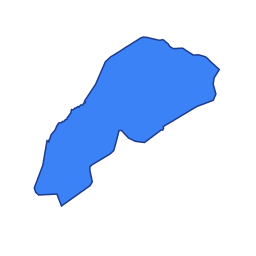 the district of Ansongo, Gao, Mali, rotated 198°
{"feature_id": "8926073B56917716124995", "entity_name": "Ansongo", "entity_type": "district", "adm_level": 2, "iso_a3": "MLI", "parent_name": "Mali", "parent_adm1": "Gao", "projection": "equal_earth", "projection_center": [1.009, 15.923], "detail": "fine", "context": "isolated", "style": "filled", "palette": "blue", "viewbox_px": 256, "rotation_deg": 198, "n_neighbors": 0, "source": "geoboundaries", "source_scale": "gbopen_adm2", "svg_char_len": 2758}
<svg xmlns="http://www.w3.org/2000/svg" viewBox="0 0 256 256"><g transform="rotate(198 128 128)"><path d="M167.2,33.3L146.3,61.4L145.3,65.7L151.2,76.0L152.2,79.4L150.7,82.1L137.0,97.8L134.6,102.0L134.8,107.7L135.7,122.8L133.5,123.7L124.4,118.6L116.8,117.6L107.8,119.3L95.9,136.3L94.4,136.7L94.0,138.3L94.8,140.0L93.8,141.7L92.1,143.5L90.9,144.8L69.4,169.5L55.5,180.7L54.9,187.5L60.5,195.9L61.6,202.3L59.3,211.6L59.3,211.8L60.3,212.4L61.1,212.6L62.2,213.1L63.0,213.5L64.1,214.0L64.9,214.4L66.0,214.9L66.8,215.2L68.7,216.1L69.8,216.5L70.7,217.1L71.0,217.2L71.7,217.5L72.2,217.9L73.9,218.7L74.4,218.9L75.5,219.4L75.8,219.6L76.9,219.5L77.4,219.6L79.0,219.6L81.1,219.5L82.7,219.5L83.4,219.4L84.7,218.9L85.0,218.8L86.7,218.2L88.4,217.6L88.6,217.5L89.5,217.8L90.1,218.1L91.9,218.4L94.7,219.2L95.9,219.5L97.3,219.8L98.4,220.2L99.8,220.6L100.7,220.8L101.6,220.5L102.3,220.2L102.9,220.0L103.0,220.0L107.3,218.3L107.8,218.1L109.5,217.5L110.3,217.6L111.2,217.9L111.7,218.0L113.2,218.4L113.6,218.5L114.1,218.9L115.2,219.9L115.7,220.3L116.1,220.5L117.7,221.1L119.8,221.9L120.2,222.2L121.2,222.6L121.6,222.7L122.2,222.7L122.6,222.6L123.1,222.3L124.0,221.7L124.3,221.5L125.6,221.1L126.1,221.0L126.9,220.9L127.7,220.9L129.5,220.8L131.9,220.5L133.3,220.4L135.2,220.2L135.9,220.2L137.2,220.1L139.2,219.8L139.9,219.6L141.2,219.3L141.4,219.2L141.6,219.2L142.0,218.9L142.6,218.4L143.1,218.0L143.5,217.8L143.9,217.4L144.6,216.5L146.7,214.0L147.1,213.5L148.4,211.9L148.9,211.4L150.8,209.1L153.0,206.4L155.1,204.0L157.4,201.1L159.3,198.7L161.4,196.3L163.5,193.7L165.7,191.2L165.9,190.9L166.1,190.6L166.3,190.5L170.0,184.0L172.3,159.7L177.7,140.1L176.5,139.3L176.5,139.1L176.5,138.7L177.1,138.4L177.6,138.3L177.9,138.0L178.0,137.8L178.0,137.5L177.9,137.0L178.0,136.0L178.2,135.8L178.6,135.7L179.3,135.6L179.7,135.4L180.2,135.1L180.2,134.9L180.4,134.3L180.7,133.8L180.9,133.4L181.0,132.8L181.6,132.9L182.0,133.0L182.4,132.9L182.6,132.7L182.9,132.0L183.4,131.0L184.1,130.6L184.4,130.7L184.7,130.6L184.8,130.3L184.8,129.9L184.9,129.5L185.4,129.0L186.1,128.4L186.8,128.1L187.4,128.1L187.5,127.5L187.3,126.9L187.1,126.2L187.2,125.4L187.1,125.0L187.2,124.0L187.9,122.3L188.0,121.4L188.1,120.7L188.7,119.9L189.0,119.4L188.9,118.6L188.8,117.7L189.0,117.3L189.6,117.1L190.1,116.6L190.4,116.0L190.7,114.9L191.3,114.2L192.3,114.0L192.7,113.1L193.4,112.2L194.0,112.1L195.4,111.4L195.6,111.1L195.6,110.5L196.1,108.9L196.3,108.5L196.3,107.9L196.5,106.4L196.5,104.9L196.8,104.0L196.8,103.5L196.9,102.7L197.6,101.4L198.1,100.3L198.4,99.2L198.9,98.4L199.0,97.8L199.0,96.8L198.9,96.0L199.1,95.1L199.0,93.6L199.0,92.6L199.3,92.2L199.7,91.8L199.2,91.1L199.1,90.3L201.1,90.8L197.5,66.3L198.6,42.0L196.0,38.4L192.2,36.7L175.2,43.2L167.2,33.3Z" fill="#3b82f6" stroke="#1e3a8a" stroke-width="1.5"/></g></svg>